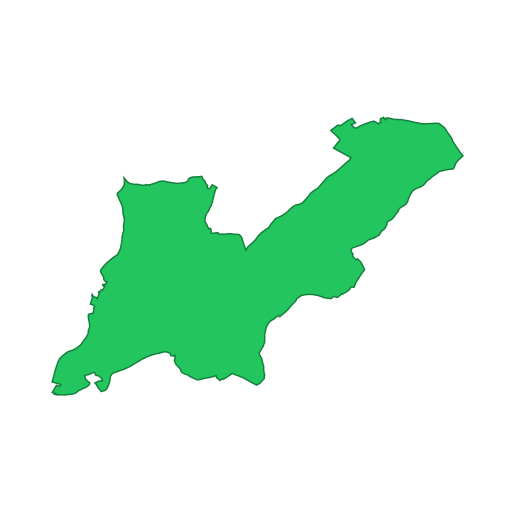 Atintis, Mures, Romania, rotated 175°
{"feature_id": "2599482B68806585606187", "entity_name": "Atintis", "entity_type": "district", "adm_level": 2, "iso_a3": "ROU", "parent_name": "Romania", "parent_adm1": "Mures", "projection": "robinson", "projection_center": [24.081, 46.406], "detail": "fine", "context": "isolated", "style": "filled", "palette": "green", "viewbox_px": 512, "rotation_deg": 175, "n_neighbors": 0, "source": "geoboundaries", "source_scale": "gbopen_adm2", "svg_char_len": 6126}
<svg xmlns="http://www.w3.org/2000/svg" viewBox="0 0 512 512"><g transform="rotate(175 256 256)"><path d="M148.2,384.7L153.6,382.5L160.5,378.4L161.8,379.1L163.7,379.0L165.6,377.6L169.4,375.4L170.5,374.5L163.3,366.5L162.2,364.2L169.4,356.8L152.8,345.6L154.7,343.3L159.2,340.2L160.8,338.8L168.6,333.2L172.0,331.1L176.2,329.3L178.7,327.7L188.0,318.6L189.6,317.5L193.1,315.8L196.4,313.6L198.8,310.7L204.9,305.0L207.6,303.9L211.8,303.3L213.8,302.5L216.7,300.7L221.5,296.8L224.5,295.0L228.3,293.2L233.2,291.6L238.1,286.7L240.1,284.0L241.8,282.6L243.5,281.8L246.9,279.8L250.9,276.9L255.7,271.6L263.3,265.8L265.6,262.7L267.6,270.5L268.7,275.9L270.0,277.9L271.3,279.0L276.7,279.7L280.1,280.6L285.3,280.5L290.0,280.9L290.6,281.1L291.9,282.1L291.9,282.6L298.6,282.4L298.5,284.9L298.7,287.3L300.7,287.2L300.7,287.8L301.8,289.6L302.1,291.0L302.8,292.7L303.9,295.0L303.9,295.8L302.6,300.7L301.7,302.3L299.0,305.4L297.7,308.3L296.1,310.3L295.2,312.9L294.7,313.7L292.6,320.3L290.5,325.6L288.8,327.5L290.4,328.7L293.5,330.7L295.3,328.2L296.2,327.5L296.8,327.2L298.0,327.2L298.3,327.9L298.5,328.7L298.5,329.4L298.1,330.2L298.1,330.7L298.8,331.1L300.1,333.5L300.2,334.4L300.8,335.7L301.3,336.2L302.9,338.8L302.9,340.0L307.3,339.9L311.6,340.2L314.1,339.9L316.2,338.9L317.5,336.7L318.3,336.1L319.4,335.6L321.3,335.3L327.2,335.1L331.4,335.8L334.5,336.7L335.8,336.9L341.9,338.8L345.9,338.7L348.7,337.7L354.5,336.4L356.2,336.2L358.8,336.4L359.4,336.8L360.4,336.2L361.8,336.2L363.8,336.5L366.3,337.5L371.7,338.1L375.5,339.3L377.3,340.7L379.0,342.8L380.5,345.3L380.6,341.1L381.2,338.1L384.1,334.0L388.6,330.6L388.8,329.2L388.6,327.9L387.6,325.9L387.0,323.4L385.9,320.9L385.4,318.8L384.7,317.0L384.6,312.5L384.8,310.9L383.9,304.0L384.8,299.4L385.3,298.1L385.6,292.6L386.7,290.0L387.8,286.3L388.1,283.3L390.2,275.8L391.4,273.2L394.0,269.3L398.4,266.9L404.9,262.4L408.8,259.0L412.0,255.4L411.9,255.3L412.2,254.4L412.0,253.3L410.8,250.6L409.9,248.9L409.7,248.4L409.8,247.1L409.6,245.9L408.6,244.2L407.0,243.5L406.7,242.9L406.7,242.4L407.8,242.0L407.9,241.4L408.4,241.3L408.6,240.6L409.0,240.9L411.1,240.9L411.3,240.5L411.1,239.9L410.5,239.8L410.1,240.1L410.1,239.0L410.0,238.8L409.7,239.1L409.5,238.7L411.6,235.4L413.0,235.7L413.8,235.4L414.1,234.3L414.6,234.0L415.6,234.2L415.8,234.1L416.0,233.7L415.7,232.6L415.3,232.2L416.5,230.2L417.9,227.4L418.4,228.2L418.9,228.7L420.3,229.1L421.4,229.8L421.9,230.5L422.5,231.6L422.4,232.1L422.7,232.1L422.9,231.4L422.7,229.8L422.8,228.4L424.7,223.8L425.1,222.4L422.2,221.3L421.3,220.1L421.7,218.7L422.2,218.5L422.3,218.2L421.9,217.4L422.3,216.6L423.3,212.9L424.7,213.1L424.8,212.9L426.8,212.8L427.6,212.6L428.0,212.2L428.4,209.9L428.3,207.8L427.9,204.5L427.8,200.5L428.7,197.9L429.6,196.5L429.6,194.8L429.9,193.7L431.9,190.1L435.8,185.9L438.3,182.8L441.8,180.5L443.7,179.5L446.7,178.2L450.4,177.4L452.2,176.8L457.0,173.7L460.0,171.3L461.0,170.2L462.9,166.6L465.6,160.5L470.1,148.3L461.5,145.0L462.8,143.3L466.1,144.5L470.9,137.7L467.7,136.5L468.7,135.8L465.2,134.8L463.9,134.9L458.6,134.3L453.0,134.3L449.4,134.6L446.9,135.6L444.3,137.5L442.8,137.8L439.6,139.2L437.3,139.8L434.9,141.1L433.0,142.8L432.6,144.2L434.8,146.1L436.5,148.4L437.2,151.9L432.2,152.7L427.9,154.2L427.7,154.0L426.6,153.6L426.4,153.1L426.4,151.7L426.3,151.4L423.9,150.5L422.2,149.5L420.5,147.4L419.8,146.2L419.9,144.9L421.6,145.3L424.6,144.8L425.7,144.1L427.4,143.7L427.5,143.4L427.4,143.0L426.1,141.9L425.9,140.9L424.7,138.9L424.3,137.5L422.9,136.1L422.1,134.5L418.3,135.1L416.2,136.7L415.5,137.6L413.2,142.3L411.5,148.7L409.9,150.9L408.6,151.8L396.5,155.0L391.1,157.0L378.3,163.2L373.3,165.1L368.3,166.5L363.6,167.4L360.4,167.6L358.7,168.1L355.7,168.5L352.9,168.1L351.3,167.2L350.3,166.5L349.5,165.4L349.6,164.2L346.3,163.5L345.6,164.1L345.1,163.8L345.0,163.6L345.8,161.2L345.8,160.0L346.4,159.2L345.5,155.6L341.5,150.4L340.6,147.4L339.7,146.1L338.2,145.2L334.4,143.5L332.2,141.6L325.4,137.8L324.6,137.6L315.4,139.0L315.2,138.8L310.3,139.4L306.2,140.2L305.9,138.8L305.5,137.9L302.8,135.2L300.8,136.5L299.7,136.1L298.8,136.2L290.6,140.6L290.1,141.1L280.0,136.2L270.2,129.6L266.5,127.3L265.4,128.0L263.5,128.6L258.7,133.1L258.3,133.7L258.0,136.2L257.8,136.6L258.2,139.5L258.3,143.3L257.9,145.3L258.7,149.0L259.3,153.4L261.4,158.4L261.4,158.8L258.2,163.5L256.6,165.5L256.1,167.0L255.0,169.0L254.4,174.1L254.3,176.7L253.6,179.3L252.9,180.8L252.9,181.4L252.4,183.0L251.8,184.5L249.8,187.4L248.1,189.4L246.1,190.6L243.5,191.7L241.4,193.3L238.8,194.7L237.8,193.4L231.0,198.1L228.1,200.6L225.4,203.4L220.1,208.0L219.3,209.7L217.9,210.7L214.5,212.5L213.3,212.8L209.9,213.2L206.0,213.1L202.4,212.6L197.2,211.1L191.1,208.3L184.8,207.0L183.5,208.1L181.3,209.0L179.5,207.9L178.2,207.8L174.1,210.6L173.1,210.5L168.8,212.5L165.9,214.3L164.1,216.7L163.0,216.8L161.3,216.3L160.9,216.5L159.2,220.3L152.3,229.3L149.1,232.7L149.7,235.2L150.8,237.4L151.6,240.0L152.1,240.7L155.1,244.4L156.0,243.6L156.8,243.8L157.8,244.7L159.5,247.0L159.7,248.3L159.3,249.3L159.3,250.0L160.3,251.0L160.9,252.1L160.7,253.5L160.1,255.2L158.4,255.9L151.4,257.6L148.2,258.6L146.3,259.7L142.9,262.1L138.9,263.2L137.2,263.3L135.8,264.2L132.0,265.9L131.1,266.6L130.1,268.3L127.6,270.8L126.4,271.1L125.0,272.6L123.6,274.5L122.3,277.9L121.8,278.8L117.6,280.7L115.2,282.8L112.7,285.9L110.6,287.9L110.3,288.5L109.9,289.7L108.4,291.2L106.5,292.4L102.7,294.1L102.0,294.7L100.1,297.2L99.0,300.1L97.3,303.2L95.5,305.7L93.6,307.7L90.1,309.4L86.3,310.4L83.9,311.5L81.6,313.2L79.4,315.7L78.6,316.2L71.2,321.1L69.1,322.1L65.9,324.3L57.7,325.4L51.9,325.6L51.1,326.6L49.0,330.7L47.2,333.0L41.1,337.8L43.5,341.3L48.8,350.8L50.3,353.8L50.4,355.1L51.4,357.3L55.2,363.8L56.0,365.7L57.3,367.6L62.0,372.0L64.4,372.5L77.9,373.0L85.6,375.1L91.9,377.2L99.8,379.3L105.9,379.9L112.3,382.0L113.3,382.1L114.1,382.0L114.5,381.8L114.4,381.2L115.3,380.5L115.6,380.6L116.8,383.0L120.1,381.9L120.4,380.4L120.0,378.6L121.8,377.7L122.1,376.9L122.9,377.2L125.2,379.1L127.0,380.1L130.4,379.5L136.6,377.8L142.0,376.1L143.9,374.9L146.0,374.9L147.2,375.4L147.7,376.3L149.2,377.7L149.2,378.0L149.7,378.5L149.4,378.8L148.3,378.8L146.7,379.6L145.3,379.9L148.2,384.7Z" fill="#22c55e" stroke="#15803d" stroke-width="1.5"/></g></svg>